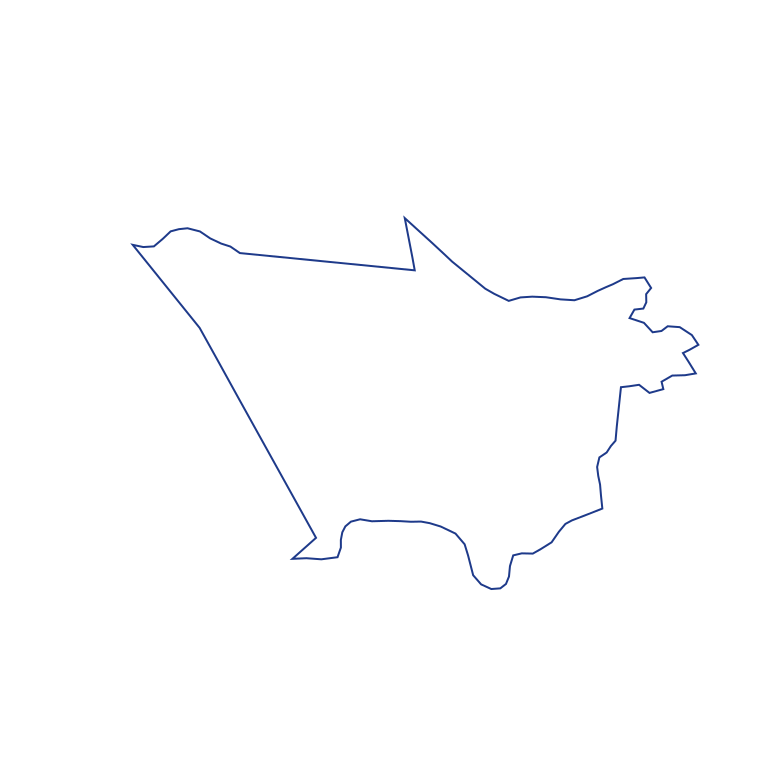 the district of Acajutiba, Bahia, Brazil, rotated 112°
{"feature_id": "56859067B79401477876310", "entity_name": "Acajutiba", "entity_type": "district", "adm_level": 2, "iso_a3": "BRA", "parent_name": "Brazil", "parent_adm1": "Bahia", "projection": "equal_earth", "projection_center": [-38.007, -11.675], "detail": "fine", "context": "isolated", "style": "outline", "palette": "blue", "viewbox_px": 768, "rotation_deg": 112, "n_neighbors": 0, "source": "geoboundaries", "source_scale": "gbopen_adm2", "svg_char_len": 1485}
<svg xmlns="http://www.w3.org/2000/svg" viewBox="0 0 768 768"><g transform="rotate(112 384 384)"><path d="M417.7,134.9L406.0,141.1L396.3,146.0L389.0,150.9L381.1,155.3L371.4,156.8L364.1,151.9L356.5,150.4L349.8,148.1L336.0,152.3L298.2,163.1L294.2,155.7L289.2,147.2L292.8,134.5L284.1,123.1L277.9,127.5L268.2,119.9L263.1,108.2L257.4,98.9L249.1,110.2L243.3,118.4L237.8,113.5L229.9,107.2L223.3,116.9L220.5,131.1L224.2,142.6L230.9,146.6L235.4,154.3L229.9,165.9L230.9,181.0L221.2,179.7L216.9,171.8L210.0,171.4L202.5,174.6L194.9,172.3L187.6,182.4L191.3,189.7L197.0,201.5L205.8,209.2L211.1,214.5L217.7,220.8L226.6,228.5L235.0,238.8L239.4,252.0L242.9,266.4L247.5,279.3L252.6,289.9L260.2,299.5L259.1,315.6L257.7,325.8L254.8,335.1L245.0,366.7L241.1,376.7L235.3,391.9L222.4,426.9L256.3,404.9L267.1,398.1L316.6,566.7L314.1,577.9L314.8,587.6L314.1,599.7L311.5,611.8L313.2,624.5L317.3,632.2L322.4,639.0L332.1,643.4L342.6,648.9L347.2,658.5L349.1,669.1L401.0,576.0L424.2,547.3L453.0,511.9L552.1,389.4L580.4,403.4L574.6,390.7L570.0,376.4L562.0,362.2L551.8,362.7L544.7,365.6L537.1,367.1L530.5,366.5L524.0,363.1L518.4,355.5L515.8,343.8L509.2,328.7L504.9,317.1L501.6,307.3L497.7,298.2L495.9,289.5L494.9,278.1L495.9,261.7L502.4,249.2L511.5,241.8L527.9,229.7L533.4,218.9L533.9,207.7L529.9,199.6L523.7,196.0L515.7,196.0L505.6,199.0L494.5,200.0L489.4,192.8L485.5,182.5L478.2,176.7L468.0,169.3L455.5,166.5L445.8,163.4L440.1,158.7L428.8,146.6L417.7,134.9Z" fill="none" stroke="#1e3a8a" stroke-width="2"/></g></svg>